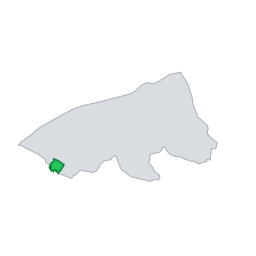 Glaro, River Gee, Liberia (highlighted), rotated 119°
{"feature_id": "62588387B27164468507335", "entity_name": "Glaro", "entity_type": "district", "adm_level": 2, "iso_a3": "LBR", "parent_name": "Liberia", "parent_adm1": "River Gee", "projection": "natural_earth1", "projection_center": [-7.495, 5.389], "detail": "fine", "context": "in_parent", "style": "filled", "palette": "green", "viewbox_px": 256, "rotation_deg": 119, "n_neighbors": 0, "source": "geoboundaries", "source_scale": "gbopen_adm2", "svg_char_len": 3620}
<svg xmlns="http://www.w3.org/2000/svg" viewBox="0 0 256 256"><g transform="rotate(119 128 128)"><path d="M53.5,108.7L55.4,106.8L58.2,100.8L62.1,95.1L65.8,91.7L68.7,88.1L71.8,85.5L76.2,82.3L82.9,74.0L84.5,73.1L85.6,67.3L87.3,60.0L89.2,57.8L93.8,56.4L94.9,55.2L96.5,50.0L97.6,44.0L97.7,42.7L99.5,42.6L102.6,41.3L104.3,41.9L105.1,43.6L105.5,45.0L114.9,41.3L115.7,40.5L116.2,40.7L117.4,44.0L118.0,43.8L118.6,42.9L119.2,42.8L120.0,43.2L120.7,44.8L121.9,46.2L123.9,47.2L125.2,48.5L125.0,52.1L125.5,55.6L126.4,56.4L126.9,58.5L127.1,60.8L127.6,62.0L127.9,64.4L127.7,66.8L128.1,68.6L129.6,71.6L130.5,75.4L130.5,78.1L130.0,80.9L129.0,83.5L127.2,86.3L127.1,87.4L128.1,88.2L129.7,88.3L131.0,87.7L134.3,89.0L136.0,90.9L137.6,93.2L138.9,94.3L139.6,95.8L141.9,95.4L144.6,94.0L145.2,93.3L146.0,93.7L147.8,93.8L149.0,91.3L150.0,88.4L152.1,85.3L153.2,84.1L153.4,82.1L153.5,79.5L154.3,77.3L156.1,76.0L157.9,76.1L159.0,76.5L159.5,78.7L161.0,80.3L162.3,81.5L163.0,81.9L164.1,83.2L165.1,87.6L169.1,101.7L168.9,105.6L168.1,108.1L168.1,110.6L167.8,113.1L165.3,117.1L158.0,125.4L158.6,126.1L160.4,127.0L162.1,127.5L163.6,127.3L165.4,129.3L167.4,131.9L169.4,133.3L172.4,134.4L175.1,134.6L177.3,134.1L180.5,134.6L183.8,136.8L185.0,140.3L185.8,143.4L187.0,145.0L187.1,147.6L189.5,150.0L192.9,150.4L197.3,153.2L198.4,153.0L198.9,152.7L199.5,153.2L200.6,161.2L201.4,165.4L201.0,167.1L200.4,168.4L200.3,174.8L198.3,178.5L198.0,182.5L197.5,183.8L195.3,185.0L195.3,188.1L194.7,191.8L194.5,195.8L195.1,206.2L195.2,214.0L196.2,215.5L192.0,214.8L179.8,208.9L170.4,205.5L139.0,186.1L130.2,178.3L120.1,166.7L97.8,143.3L92.6,139.6L86.2,137.8L82.2,135.8L79.4,133.6L77.1,127.2L71.5,123.3L61.2,117.8L53.5,108.7Z" fill="#d9dde1" stroke="#a8b0b8" stroke-width="1"/><path d="M199.1,178.1L199.0,177.8L199.0,177.5L198.8,177.3L198.6,177.2L198.7,176.8L198.7,176.7L198.9,176.6L199.0,176.8L199.3,176.7L199.6,176.4L199.8,176.3L200.1,176.1L200.3,175.9L200.5,175.8L200.8,175.8L200.8,176.0L200.7,176.3L200.4,176.5L200.7,176.8L200.5,177.3L200.4,177.5L200.6,177.6L200.8,177.4L201.1,177.1L201.4,176.4L201.6,176.3L201.7,176.2L201.7,175.9L201.6,175.5L201.7,175.2L201.8,175.2L201.9,175.3L202.1,175.2L202.3,174.8L202.4,174.7L202.5,174.5L202.5,174.4L202.5,174.2L202.2,174.2L202.0,173.7L202.0,173.4L202.1,172.8L202.3,172.1L202.0,172.2L201.9,172.3L201.8,172.5L201.8,172.8L201.7,172.9L201.5,173.1L201.4,173.0L201.2,172.9L201.0,172.7L200.8,172.6L200.7,172.5L200.6,172.3L200.4,172.0L200.4,171.6L200.2,171.1L200.0,170.9L199.7,170.6L199.6,170.4L199.6,170.2L199.8,170.0L199.9,169.9L200.0,169.8L200.1,170.0L200.1,170.3L200.6,170.4L200.7,170.2L200.8,169.9L200.8,169.6L200.6,169.0L200.6,168.8L200.6,168.5L200.7,168.2L200.8,168.1L201.0,168.1L201.2,167.9L201.2,167.7L201.3,167.5L201.2,167.4L201.3,167.1L201.4,166.9L201.2,166.9L200.9,167.0L200.6,167.1L200.3,167.0L200.1,166.9L199.9,166.8L199.2,166.8L198.6,166.8L198.1,166.8L197.7,166.2L197.2,166.2L196.8,166.2L196.5,166.3L196.0,166.3L195.0,166.2L193.7,166.2L193.4,166.2L192.7,166.2L191.7,166.1L191.2,166.1L191.0,166.4L190.9,166.6L190.9,166.8L190.9,167.0L190.9,167.5L190.9,167.9L190.9,168.1L190.9,168.5L190.9,168.9L190.9,169.3L190.8,169.9L190.7,170.4L190.6,171.1L190.6,171.6L190.5,172.4L190.5,172.9L190.4,173.5L190.5,174.1L190.5,174.5L190.6,175.0L190.7,175.6L190.7,176.0L190.8,176.7L190.9,177.2L191.0,177.4L191.0,177.9L191.1,178.1L191.4,177.9L191.7,177.7L191.9,177.5L192.3,177.1L192.7,176.9L193.0,176.8L193.4,176.7L193.5,176.7L193.7,177.0L193.8,176.9L194.0,177.2L194.2,177.4L194.3,177.5L194.5,177.6L194.9,177.8L195.1,178.1L195.5,178.1L195.9,178.1L197.0,178.1L197.8,178.1L199.1,178.1Z" fill="#22c55e" stroke="#15803d" stroke-width="1.5"/></g></svg>